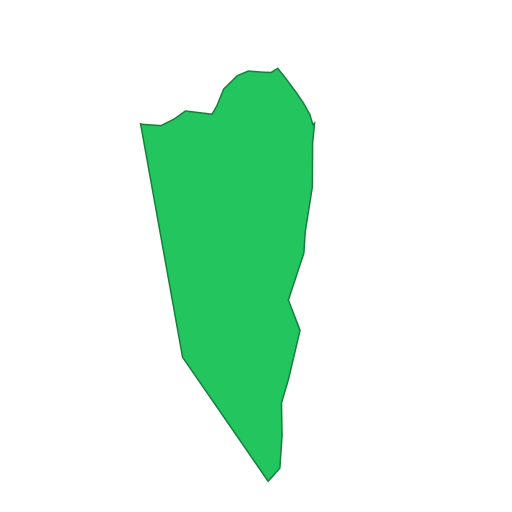 outline of Calvary/Calvaire, Soufrière, Saint Lucia, rotated 48°
{"feature_id": "8701671B5799269287632", "entity_name": "Calvary/Calvaire", "entity_type": "district", "adm_level": 2, "iso_a3": "LCA", "parent_name": "Saint Lucia", "parent_adm1": "Soufrière", "projection": "orthographic", "projection_center": [-61.057, 13.851], "detail": "fine", "context": "isolated", "style": "filled", "palette": "green", "viewbox_px": 512, "rotation_deg": 48, "n_neighbors": 0, "source": "geoboundaries", "source_scale": "gbopen_adm2", "svg_char_len": 574}
<svg xmlns="http://www.w3.org/2000/svg" viewBox="0 0 512 512"><g transform="rotate(48 256 256)"><path d="M131.1,114.3L129.7,122.0L124.3,127.6L113.4,138.0L109.5,149.1L110.3,168.3L118.1,184.3L121.2,193.8L115.7,198.6L101.0,211.4L99.5,225.0L95.6,239.3L82.4,252.1L80.5,253.3L282.1,378.3L431.5,397.7L431.4,396.2L429.6,380.2L406.9,356.8L382.3,335.4L369.1,314.0L340.7,273.0L310.4,261.4L285.9,218.5L270.7,202.9L242.3,167.8L210.2,138.6L196.4,123.5L196.2,125.8L187.2,121.4L174.1,118.4L160.5,116.6L141.8,114.9L131.1,114.3Z" fill="#22c55e" stroke="#15803d" stroke-width="1.5"/></g></svg>